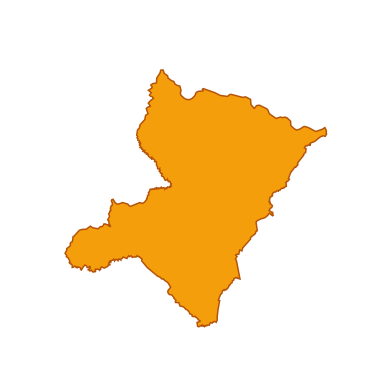 Wang Sombun, Sa Kaeo, Thailand (orthographic projection), rotated 130°
{"feature_id": "78962969B89607017524872", "entity_name": "Wang Sombun", "entity_type": "district", "adm_level": 2, "iso_a3": "THA", "parent_name": "Thailand", "parent_adm1": "Sa Kaeo", "projection": "orthographic", "projection_center": [102.173, 13.36], "detail": "fine", "context": "isolated", "style": "filled", "palette": "amber", "viewbox_px": 384, "rotation_deg": 130, "n_neighbors": 0, "source": "geoboundaries", "source_scale": "gbopen_adm2", "svg_char_len": 6096}
<svg xmlns="http://www.w3.org/2000/svg" viewBox="0 0 384 384"><g transform="rotate(130 192 192)"><path d="M118.8,294.3L121.1,293.1L127.5,292.2L131.0,289.5L131.8,289.6L133.8,291.5L136.0,292.3L136.7,292.1L137.0,290.2L138.4,289.6L142.1,290.8L142.1,287.1L145.1,286.9L145.3,285.4L144.6,283.9L145.1,281.7L148.4,282.5L152.0,282.6L153.0,279.1L155.8,280.5L157.5,280.7L160.3,276.0L163.1,276.8L167.0,274.7L173.8,275.0L176.8,273.5L179.5,273.6L184.0,270.9L184.6,269.1L185.8,269.0L186.1,267.4L187.2,266.8L186.7,265.0L187.3,264.6L187.3,263.9L188.2,264.3L188.2,262.3L188.8,262.4L188.8,263.0L189.3,262.8L189.9,262.3L189.9,260.7L191.4,260.4L190.5,258.8L191.5,258.2L191.0,256.2L192.2,255.9L190.8,254.8L192.1,254.5L192.2,253.2L191.4,252.4L191.8,251.6L191.0,250.8L191.2,250.4L192.1,250.8L191.7,249.4L192.4,248.8L192.7,245.7L191.3,245.2L192.7,244.0L192.2,243.6L191.6,244.1L191.4,243.6L191.6,240.9L192.7,240.2L191.7,238.8L194.4,236.3L194.6,235.0L196.2,233.3L195.8,232.5L194.7,231.9L195.7,231.5L195.8,230.4L197.1,230.6L197.2,229.0L197.8,228.3L197.1,226.6L198.8,226.1L199.3,225.1L198.6,223.9L200.3,220.1L198.8,218.9L198.1,219.1L199.2,216.9L198.4,216.6L198.7,216.0L198.2,215.4L199.0,214.2L199.0,213.0L200.3,212.9L200.7,211.7L201.6,212.3L202.1,211.8L202.4,212.6L203.0,212.3L203.9,214.0L204.6,213.8L205.2,214.3L205.7,213.7L206.3,214.8L207.4,214.7L206.7,216.3L208.2,217.3L208.0,218.4L208.8,218.3L208.9,219.0L210.2,219.0L210.4,220.3L211.4,220.2L211.4,221.2L212.2,221.0L211.8,222.1L212.8,222.1L212.8,222.7L213.4,223.0L213.9,222.6L214.8,223.3L214.7,223.9L216.0,224.4L215.9,225.1L216.9,225.8L218.9,225.0L220.7,224.9L220.9,224.2L222.1,223.3L223.1,223.9L224.9,222.7L226.0,222.6L226.2,222.1L229.8,221.8L232.4,222.4L233.8,225.3L242.4,229.8L242.9,231.0L242.5,233.3L244.7,238.4L248.7,240.7L249.5,241.6L249.5,244.6L248.3,247.7L249.5,248.5L250.6,248.1L251.7,245.9L253.5,244.6L254.8,245.0L257.2,243.8L258.3,242.2L259.4,242.7L260.6,241.9L262.0,242.0L263.8,239.4L267.6,238.7L267.7,236.9L269.3,235.6L270.6,232.5L271.2,232.6L271.4,233.4L270.9,235.1L271.6,235.6L272.0,237.4L273.0,238.9L275.4,238.4L276.3,238.6L277.3,239.9L280.4,240.2L283.2,245.0L283.5,247.9L288.6,249.1L290.8,251.7L293.6,253.7L301.8,254.0L302.7,254.4L306.9,251.7L308.3,252.4L309.9,252.1L310.8,251.0L312.0,250.7L315.9,251.6L317.0,250.6L320.6,249.8L321.1,247.3L322.3,246.7L322.1,244.4L323.1,242.0L324.0,240.4L324.8,240.8L325.1,240.2L325.2,238.7L324.8,238.3L325.2,236.5L326.8,235.2L325.3,234.3L324.3,234.3L323.9,233.7L324.3,232.2L323.7,231.2L323.1,231.7L321.9,229.3L322.2,227.7L323.0,227.4L322.8,226.6L319.2,227.2L316.9,227.1L316.5,226.7L316.6,224.7L317.2,224.0L317.0,223.3L316.5,222.8L314.8,222.6L314.6,222.0L315.8,221.0L318.0,221.4L317.7,221.0L318.2,220.5L318.2,219.8L317.6,219.0L316.7,218.9L316.9,216.2L315.5,215.8L315.5,215.0L314.7,214.9L313.3,216.4L310.9,213.5L311.5,212.6L309.8,212.3L308.7,213.1L307.6,213.3L306.7,210.3L303.0,208.7L301.8,209.2L300.7,208.1L300.0,208.4L300.4,209.4L299.4,210.3L298.7,209.8L297.9,210.6L297.4,210.3L297.6,209.3L296.6,209.8L295.0,208.8L293.9,209.0L293.8,208.0L294.6,207.0L292.4,207.0L292.2,206.0L291.8,205.8L292.2,204.5L290.2,204.8L289.9,202.8L289.2,203.5L288.0,202.8L286.1,203.0L284.8,199.1L281.6,199.6L281.6,198.2L280.4,197.9L280.0,197.3L280.5,195.8L278.0,193.7L277.9,193.1L276.7,192.8L275.4,193.5L276.0,193.0L276.0,191.5L275.4,190.8L275.7,188.7L275.3,187.6L277.1,186.2L278.6,177.8L278.6,164.4L277.8,161.8L278.0,159.0L277.0,158.2L277.3,156.2L276.9,152.5L278.6,147.2L283.1,147.0L284.2,146.2L285.0,144.7L285.0,143.2L283.9,141.5L284.1,140.1L284.4,138.2L285.0,137.6L285.3,134.7L286.9,134.2L287.1,133.4L285.2,131.0L287.1,128.0L285.4,124.7L285.9,121.2L285.4,120.4L285.7,117.2L286.7,115.5L286.0,113.2L287.1,111.9L286.6,110.8L285.3,109.7L285.6,108.9L285.3,108.5L285.4,105.9L285.9,105.3L285.5,103.4L285.6,102.8L286.3,102.9L288.7,104.3L291.3,101.3L290.8,100.1L287.5,98.8L288.3,98.2L287.5,97.7L287.2,96.2L286.6,96.8L286.2,95.6L285.0,95.4L285.0,94.7L283.8,94.4L282.9,93.2L280.3,93.9L279.5,92.3L278.4,92.4L278.0,91.9L276.6,91.6L276.2,89.7L273.7,90.4L272.4,91.8L265.2,96.6L257.4,101.0L257.9,102.3L252.1,104.3L250.5,103.9L248.5,105.1L247.2,104.9L246.8,104.1L246.0,104.5L245.3,103.1L244.1,103.3L243.5,102.7L240.8,103.0L239.7,103.6L239.2,103.2L236.9,103.5L235.8,103.0L234.1,103.9L232.5,103.4L231.5,104.2L229.5,103.4L229.2,102.5L228.4,102.3L228.7,101.4L227.8,99.3L215.9,114.0L215.5,115.6L212.4,116.1L212.3,117.9L211.5,118.0L209.6,116.2L205.8,118.2L205.0,115.9L202.4,117.2L190.5,116.9L189.5,117.7L188.3,117.8L183.5,116.7L181.0,117.6L179.7,117.1L173.9,123.6L171.9,123.5L168.4,122.0L164.8,119.6L161.5,119.0L158.4,119.1L158.5,115.1L157.6,114.8L156.7,117.0L156.4,117.2L155.9,116.8L155.7,117.1L156.3,118.2L156.6,121.1L153.5,121.5L152.9,120.9L150.8,121.5L150.5,123.7L150.9,124.9L149.8,125.3L149.8,126.6L149.3,126.3L148.1,127.7L146.9,128.1L146.1,128.9L143.6,127.9L143.3,128.5L142.8,128.2L141.6,129.3L139.6,129.2L138.1,127.9L136.8,127.8L135.9,127.0L135.9,126.4L134.7,126.6L134.1,125.8L131.8,125.8L130.6,124.6L129.9,124.7L129.3,124.0L128.4,124.1L126.9,123.4L124.3,126.2L124.0,125.8L122.6,126.1L121.9,125.5L119.6,125.6L119.7,126.8L113.6,128.9L106.7,129.2L106.5,128.5L103.1,128.4L102.9,129.0L101.4,129.8L91.9,130.1L91.2,130.8L88.6,130.4L85.5,132.5L85.8,134.4L84.6,134.6L83.1,134.4L83.0,133.7L80.9,133.0L80.6,132.6L80.8,132.0L80.2,131.5L79.5,131.9L79.4,132.7L78.4,132.7L74.3,130.5L67.1,129.1L64.6,127.6L63.7,125.7L61.0,126.2L60.7,127.1L58.8,128.3L57.2,131.6L60.4,132.6L66.1,136.1L67.7,143.6L69.2,147.6L70.2,148.5L74.2,149.7L77.3,151.6L77.8,154.0L77.7,158.2L77.3,159.3L74.4,162.0L74.1,167.0L75.1,169.2L76.7,170.2L77.7,172.4L81.6,174.9L82.3,182.2L82.0,183.9L80.5,186.3L80.2,188.4L82.2,196.2L84.4,198.1L87.6,197.9L87.9,198.2L87.2,202.9L83.4,206.7L84.7,212.1L87.0,214.1L92.1,224.9L93.1,225.7L96.0,226.3L99.9,232.5L101.2,238.1L105.5,249.8L106.6,250.1L107.0,248.8L107.7,248.6L110.6,251.7L113.0,252.8L116.5,251.7L120.0,252.0L122.8,253.2L124.6,255.7L125.2,258.0L125.0,262.6L123.8,264.5L121.3,265.6L118.7,269.3L120.1,272.6L120.1,274.6L119.0,277.1L119.9,279.1L120.1,283.5L118.6,285.5L119.0,289.3L117.1,292.6L118.8,294.3Z" fill="#f59e0b" stroke="#b45309" stroke-width="1.5"/></g></svg>